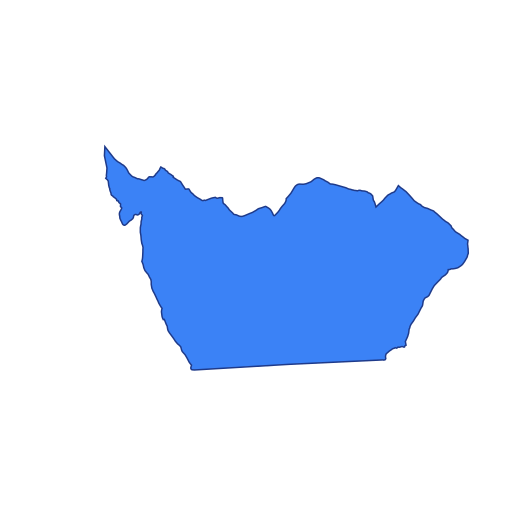 Cuìtiva, Boyacá, Colombia, rotated 29°
{"feature_id": "7082276B99852494117570", "entity_name": "Cuìtiva", "entity_type": "district", "adm_level": 2, "iso_a3": "COL", "parent_name": "Colombia", "parent_adm1": "Boyacá", "projection": "natural_earth1", "projection_center": [-72.954, 5.587], "detail": "fine", "context": "isolated", "style": "filled", "palette": "blue", "viewbox_px": 512, "rotation_deg": 29, "n_neighbors": 0, "source": "geoboundaries", "source_scale": "gbopen_adm2", "svg_char_len": 6144}
<svg xmlns="http://www.w3.org/2000/svg" viewBox="0 0 512 512"><g transform="rotate(29 256 256)"><path d="M440.4,150.9L440.0,150.1L439.6,149.5L438.0,146.8L437.3,145.9L436.0,144.0L435.2,143.0L433.8,139.4L430.0,139.4L428.5,139.1L425.5,138.7L423.6,138.3L420.5,138.2L418.8,138.1L416.8,137.5L415.8,136.9L414.5,136.8L413.3,136.1L412.7,135.7L411.9,135.0L411.6,134.9L410.7,134.7L408.3,134.0L407.3,133.9L405.1,133.9L403.6,133.6L401.3,133.3L397.4,132.3L393.8,131.4L390.7,130.9L389.9,130.6L388.8,130.6L386.9,130.9L383.0,131.2L381.4,131.6L379.9,132.0L377.7,132.0L376.8,131.9L375.9,131.7L375.2,131.3L374.7,131.3L372.8,131.5L371.3,131.4L367.6,131.0L364.5,129.8L361.1,128.6L356.1,127.0L351.6,126.3L349.5,126.1L346.4,125.4L346.3,130.3L346.1,132.1L345.7,133.2L344.0,135.2L343.0,137.0L342.1,138.3L341.7,139.2L340.6,143.3L340.4,145.1L339.6,147.7L338.4,151.0L337.2,155.0L334.6,152.4L333.1,151.1L332.1,150.6L331.4,150.1L328.9,146.9L326.9,146.2L326.1,146.0L324.8,146.0L323.6,146.3L322.1,146.0L320.6,146.3L319.4,146.6L317.0,147.7L315.1,148.1L314.6,148.4L314.0,148.8L313.6,149.3L313.2,149.8L311.7,150.3L309.8,151.1L308.9,151.2L308.3,151.5L306.6,151.8L304.4,152.5L301.7,152.7L300.3,153.0L298.6,153.4L290.8,155.2L288.2,156.0L286.0,157.0L283.2,156.6L279.8,156.7L278.4,156.5L273.7,156.9L272.6,157.3L271.3,158.1L270.5,159.2L269.6,160.7L268.3,164.0L267.9,164.7L264.8,168.5L262.9,170.1L261.9,170.7L259.2,172.0L258.3,172.7L257.8,173.2L257.4,173.8L256.6,175.6L256.4,176.9L256.3,178.3L256.2,181.9L256.1,184.2L255.3,188.4L254.6,191.2L255.3,192.5L255.6,194.4L255.6,195.4L255.6,196.3L254.8,199.8L254.4,202.2L254.3,203.2L254.3,204.4L253.9,207.2L252.8,211.3L252.7,211.6L252.3,211.9L251.9,212.0L251.1,211.6L249.7,210.5L247.3,209.0L246.4,208.6L245.6,208.3L244.7,208.1L243.8,208.0L240.8,207.9L240.3,208.0L239.4,208.9L237.8,210.8L235.5,213.1L234.8,214.1L234.1,215.7L231.7,219.7L230.1,221.6L226.5,226.2L225.3,227.5L224.8,228.0L224.2,228.4L222.9,229.0L221.7,229.3L219.0,229.5L217.2,230.1L216.4,230.3L215.9,230.2L215.1,229.8L210.4,228.6L208.0,227.4L206.9,227.1L204.1,226.1L202.4,225.9L201.6,225.6L200.4,224.1L198.8,221.7L198.5,221.4L198.2,221.4L196.0,222.5L194.5,224.0L194.1,224.3L193.4,224.5L192.0,224.4L190.1,226.0L188.8,227.2L184.8,232.0L183.7,232.2L183.5,232.4L183.1,233.0L182.7,233.3L182.2,233.5L181.5,233.6L181.0,233.6L180.4,233.4L176.2,233.4L172.8,233.0L170.0,232.1L169.7,232.2L168.4,231.9L166.8,231.1L164.9,230.0L164.6,230.0L164.0,230.3L163.5,230.7L161.8,231.8L159.8,230.7L157.4,229.5L154.0,227.6L153.6,227.5L150.6,227.7L145.4,227.3L145.2,226.8L145.2,226.5L144.9,226.3L143.4,226.2L142.1,226.0L139.0,225.9L137.6,225.0L135.2,224.9L134.1,224.2L132.9,224.1L132.0,224.5L130.6,224.3L129.6,224.3L129.6,226.0L129.8,227.5L129.7,228.4L129.4,229.5L129.2,230.9L128.5,233.4L128.7,233.7L128.7,234.0L128.2,235.7L127.5,236.9L126.2,237.4L125.6,237.8L124.8,238.1L124.5,238.3L124.1,238.7L123.8,239.4L123.7,240.4L123.4,241.6L122.8,242.7L122.1,243.7L121.8,244.0L120.9,244.4L120.4,244.4L118.7,244.8L116.1,245.3L115.0,245.9L111.8,246.1L110.2,246.4L109.3,246.4L108.4,246.3L104.5,245.1L103.6,244.5L102.2,243.5L100.1,242.2L98.6,241.6L96.2,240.9L94.2,240.9L92.2,240.6L89.8,240.6L87.3,240.2L86.5,239.9L85.2,239.7L70.8,233.6L74.8,241.8L83.0,251.3L85.2,256.0L86.0,258.0L86.9,259.2L86.9,260.9L89.1,261.4L90.3,262.0L91.0,262.9L93.0,265.7L94.7,267.5L95.4,267.9L95.9,268.8L97.0,269.9L98.2,270.9L99.0,271.7L99.5,272.5L100.3,272.9L100.9,272.9L101.8,273.0L102.2,273.3L104.7,273.6L106.0,273.9L106.8,274.2L107.3,275.0L108.1,275.0L108.9,274.6L110.2,275.7L111.1,275.9L111.7,275.9L112.3,276.1L113.5,278.5L114.1,278.7L114.6,278.7L115.1,278.9L115.5,279.8L115.5,283.5L115.7,284.5L116.0,285.3L116.7,286.4L117.3,287.0L118.7,289.0L120.6,290.5L121.5,291.0L123.3,292.4L124.1,292.9L125.0,293.1L125.8,293.0L126.4,292.7L126.8,291.9L127.4,290.7L128.3,287.1L128.5,286.6L129.3,285.3L130.1,283.1L130.1,282.1L130.0,281.4L129.6,280.4L129.5,279.9L129.6,279.3L129.8,278.8L130.2,278.3L130.7,277.9L131.1,277.8L132.1,277.7L132.4,277.6L133.1,276.9L133.5,276.1L133.6,273.8L133.8,273.5L134.1,273.2L134.4,273.2L134.5,273.4L134.7,274.2L135.1,274.8L135.5,275.0L136.5,275.4L137.1,275.8L137.3,277.4L137.5,277.9L138.1,278.8L138.3,279.5L138.8,281.5L140.0,283.9L140.4,285.3L141.1,287.3L143.3,291.3L145.4,293.9L147.8,297.5L150.0,300.3L151.8,301.9L153.1,303.4L154.0,305.3L155.0,307.1L157.4,312.0L158.1,313.7L158.5,315.0L158.7,315.8L158.8,316.1L159.0,316.3L159.3,316.4L161.5,318.3L163.6,320.7L166.0,322.6L169.2,323.9L170.0,324.1L170.6,324.4L172.0,325.3L172.7,325.9L175.4,327.5L176.8,329.2L178.1,331.6L180.1,334.1L180.8,334.9L181.3,335.2L183.1,336.7L185.2,338.0L188.7,340.5L190.1,341.6L191.9,342.8L193.9,344.4L196.4,345.9L197.8,346.7L199.2,347.3L199.6,348.8L200.3,350.6L202.9,354.1L203.3,354.6L204.6,355.8L205.8,356.6L206.5,355.9L206.8,356.1L210.8,359.4L212.2,360.3L212.7,360.9L214.2,362.8L215.3,363.9L217.4,365.1L222.9,367.6L225.3,368.8L226.7,369.6L230.1,370.9L231.0,371.0L231.9,371.2L234.0,371.8L234.8,372.5L236.4,374.2L237.8,375.3L241.8,376.7L245.2,378.7L247.9,380.5L249.1,381.3L251.1,382.2L252.5,382.7L253.1,385.2L253.6,386.0L254.2,386.4L254.8,386.6L255.5,386.4L257.3,385.6L337.0,335.0L417.3,285.4L418.2,285.1L419.2,284.2L419.3,283.4L419.2,282.7L418.2,281.5L417.8,280.6L417.5,279.8L417.3,278.7L417.4,278.1L418.7,274.5L420.0,272.0L420.3,271.1L420.9,270.4L421.6,269.7L422.2,268.7L423.0,268.6L423.4,268.5L423.8,268.3L424.4,266.8L425.3,266.5L425.9,266.1L427.2,264.7L428.3,264.1L428.9,264.1L429.5,264.0L429.8,263.8L430.0,263.6L429.8,262.5L429.9,262.1L430.5,261.3L428.1,258.4L427.8,254.3L427.6,252.6L426.9,249.5L426.2,247.7L425.4,245.8L425.3,244.2L424.9,243.2L424.8,242.2L424.7,240.6L425.2,236.5L425.3,232.8L425.9,228.3L425.7,224.1L425.6,221.7L425.7,219.1L425.5,218.1L424.1,214.4L424.0,212.6L424.1,211.3L424.3,210.5L425.8,208.4L426.4,206.7L426.1,199.4L426.2,196.4L426.3,195.3L427.4,191.0L428.6,186.7L428.7,185.3L428.9,184.5L429.3,183.6L430.8,180.7L431.3,178.7L431.5,177.6L431.2,175.9L430.7,174.7L431.9,174.0L432.7,173.0L432.9,172.6L434.4,171.8L436.2,170.4L438.1,168.6L438.5,168.0L440.0,165.1L440.4,164.1L440.7,163.1L440.9,161.4L441.1,159.7L441.2,154.9L441.0,153.7L440.6,152.6L440.5,151.5L440.4,150.9Z" fill="#3b82f6" stroke="#1e3a8a" stroke-width="1.5"/></g></svg>